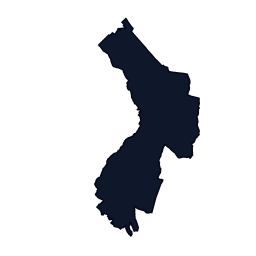 outline of Lungesti, Vâlcea, Romania, rotated 225°
{"feature_id": "2599482B14726435776236", "entity_name": "Lungesti", "entity_type": "district", "adm_level": 2, "iso_a3": "ROU", "parent_name": "Romania", "parent_adm1": "Vâlcea", "projection": "robinson", "projection_center": [24.176, 44.603], "detail": "fine", "context": "isolated", "style": "filled", "palette": "ink", "viewbox_px": 256, "rotation_deg": 225, "n_neighbors": 0, "source": "geoboundaries", "source_scale": "gbopen_adm2", "svg_char_len": 5725}
<svg xmlns="http://www.w3.org/2000/svg" viewBox="0 0 256 256"><g transform="rotate(225 128 128)"><path d="M206.9,203.9L207.0,198.5L203.6,198.5L203.6,197.2L200.5,196.8L204.6,191.9L202.9,192.2L202.7,191.3L204.8,190.9L203.6,186.0L203.1,185.0L206.3,184.2L206.2,183.6L206.2,180.3L207.3,180.2L207.4,166.2L207.0,165.9L206.4,165.8L205.0,166.0L199.9,165.1L199.0,165.5L196.5,165.9L194.6,166.5L191.4,165.2L188.8,164.6L186.6,163.0L182.9,161.4L181.5,161.4L181.3,161.6L179.0,162.7L177.7,163.7L174.3,165.1L173.7,165.5L171.9,165.4L171.0,164.6L169.6,164.1L168.7,163.6L165.7,162.6L164.1,162.2L162.9,162.4L161.5,162.3L161.4,162.1L161.0,161.8L160.9,161.2L160.6,160.6L160.7,159.6L160.4,159.0L159.9,158.8L158.9,158.6L158.1,156.8L157.9,156.7L157.3,156.8L156.8,156.0L156.4,155.8L154.7,155.4L154.3,155.5L154.0,156.0L153.6,156.3L152.4,156.1L151.5,155.7L149.0,154.0L147.0,152.3L145.4,151.8L145.0,151.9L143.7,151.0L142.8,150.8L142.1,150.9L141.8,150.6L142.0,150.5L141.6,150.5L140.6,150.0L140.1,150.1L139.4,150.5L138.9,150.5L136.3,150.2L135.4,149.9L134.5,149.4L134.5,149.2L134.4,148.9L134.4,148.5L134.1,148.3L134.2,147.8L133.7,148.0L133.5,148.4L133.5,148.9L133.4,149.0L132.8,149.2L131.2,149.2L131.2,148.8L131.0,148.5L131.2,147.9L131.2,147.1L129.8,147.1L130.0,145.8L129.7,144.6L127.0,144.7L126.2,143.6L125.5,143.7L124.9,142.9L124.5,142.8L123.8,141.6L123.7,140.7L123.2,139.1L122.8,138.8L122.3,139.2L122.0,138.9L121.4,139.2L120.9,139.1L120.8,138.8L120.8,138.2L120.4,137.7L120.0,135.6L119.5,135.5L119.3,135.3L119.3,135.0L119.7,134.7L119.2,133.4L119.3,132.9L119.1,132.2L119.0,131.7L118.9,131.3L118.6,131.1L118.4,130.4L118.8,129.7L118.7,128.9L119.3,128.6L119.1,128.1L119.4,127.4L119.0,126.4L118.7,126.0L118.8,125.7L118.8,125.2L119.3,124.7L119.1,124.4L119.1,124.1L119.9,123.3L120.0,122.6L120.8,121.3L120.8,121.0L121.0,120.2L121.0,119.0L121.3,118.3L121.1,117.3L121.1,116.6L120.6,115.6L120.7,115.2L120.4,114.4L120.3,114.2L120.0,114.0L120.0,113.3L119.8,113.1L119.2,112.8L119.1,112.4L118.7,112.0L119.4,111.0L119.2,110.5L119.5,109.8L119.1,108.2L118.6,108.0L118.4,107.8L118.5,106.9L118.4,106.3L118.8,105.2L118.7,104.1L118.4,103.6L118.4,102.1L119.3,101.1L119.9,99.5L119.9,98.8L119.8,98.2L120.2,96.4L120.0,95.6L120.1,95.4L120.0,95.2L120.1,94.9L119.8,94.6L120.0,94.2L120.0,92.8L120.2,91.9L119.6,90.3L119.2,90.0L119.2,89.4L118.5,88.9L117.4,87.5L117.3,87.1L117.1,86.4L117.1,85.7L116.7,84.4L116.7,81.5L115.7,80.0L114.7,77.3L114.2,76.5L113.7,75.2L112.8,74.1L113.2,72.9L113.7,72.0L113.7,69.7L113.7,69.2L113.0,67.6L112.1,66.6L112.2,65.6L111.9,65.1L111.3,64.6L108.9,63.9L107.9,63.8L105.9,64.0L105.6,62.0L104.6,60.8L104.4,60.3L104.2,58.3L103.9,58.0L103.5,57.8L102.3,57.8L101.5,58.0L100.7,57.6L98.3,58.1L96.4,58.9L93.9,59.7L93.8,59.2L93.6,59.0L93.7,57.3L93.9,57.0L93.8,56.7L93.9,55.7L93.6,55.1L93.6,54.8L94.5,53.8L94.5,53.3L94.2,52.8L94.1,50.8L94.1,50.4L94.0,50.1L92.9,50.1L91.8,50.3L88.8,50.3L88.2,50.0L88.1,49.8L86.8,49.3L85.4,48.1L84.2,49.0L84.5,50.8L80.5,52.8L80.0,51.2L76.8,51.9L77.9,50.5L76.3,50.0L74.5,52.5L73.4,52.3L73.1,51.8L73.0,50.9L72.6,50.9L72.4,50.7L72.4,50.3L73.0,49.7L73.0,48.9L72.8,48.8L71.1,49.0L71.1,49.6L70.7,49.8L68.2,48.8L67.0,49.4L64.7,51.0L61.9,51.4L62.1,51.9L61.9,52.5L62.0,53.0L61.6,53.7L61.2,53.9L60.9,54.3L61.0,55.0L60.7,55.4L60.7,56.1L60.5,56.5L60.8,57.3L60.2,57.8L60.5,57.4L59.7,56.7L58.8,56.1L58.5,56.1L58.7,55.6L57.0,55.1L57.1,54.9L54.6,54.0L54.4,54.1L52.1,53.6L51.8,53.8L51.4,53.9L50.2,53.6L49.7,53.7L50.1,55.7L52.4,57.4L53.6,56.9L55.0,57.4L57.8,59.0L58.0,59.5L58.0,60.7L59.9,62.7L59.2,63.0L58.5,62.8L50.7,59.5L50.6,60.2L48.6,62.0L50.1,64.5L50.6,65.0L52.1,65.7L53.7,66.7L55.0,67.2L56.9,68.2L58.6,68.7L59.6,69.2L60.0,69.8L61.7,71.1L62.2,71.9L63.5,72.7L65.2,74.7L66.7,75.8L67.0,76.4L67.2,76.6L68.0,77.1L65.4,77.6L63.8,78.0L61.4,79.2L60.3,79.9L60.0,79.9L59.2,80.5L57.9,81.1L57.3,81.2L56.7,81.0L55.0,81.1L54.2,82.0L53.5,82.3L52.4,84.3L52.1,84.7L51.4,85.0L59.3,98.7L63.4,107.6L65.2,111.3L65.9,114.4L66.6,115.8L67.9,115.3L68.6,114.4L70.0,113.8L71.4,113.4L71.4,113.6L71.9,113.5L71.6,114.0L72.3,114.6L72.3,115.1L72.7,115.3L72.6,116.1L72.9,116.5L73.4,117.9L73.9,118.6L74.0,118.8L73.5,118.9L74.4,120.5L75.2,121.1L76.0,122.3L76.3,122.4L76.7,122.2L77.1,122.3L80.1,124.2L80.5,124.5L81.1,125.6L81.5,125.9L82.6,126.0L83.7,127.4L84.7,129.8L84.7,130.2L85.1,131.5L86.4,133.1L87.4,136.0L88.6,137.6L89.7,140.3L89.7,141.2L90.3,142.3L88.9,142.7L85.9,142.9L84.6,143.3L82.0,143.1L77.2,143.6L76.4,143.6L75.2,143.2L72.1,142.7L71.3,142.8L70.5,143.3L68.3,146.9L65.9,148.6L65.0,149.5L64.8,150.0L64.4,151.7L63.9,151.7L63.2,150.5L62.8,150.6L62.9,152.6L63.2,153.4L63.6,154.1L63.2,154.4L64.5,155.7L65.2,155.9L65.3,156.4L66.5,157.3L67.5,158.4L68.4,159.0L68.6,159.5L69.3,160.6L70.1,161.1L70.9,161.1L72.0,161.6L72.0,162.1L71.5,163.4L71.4,164.7L71.9,166.3L73.0,168.2L73.0,168.5L72.8,169.6L72.9,170.1L72.8,170.5L73.2,171.7L73.0,172.7L73.2,173.8L74.2,174.2L74.6,174.5L75.4,176.0L76.0,176.5L80.7,178.6L82.2,180.2L83.0,181.8L83.4,182.1L84.7,182.8L85.0,183.3L85.9,183.7L87.8,185.2L87.9,185.5L87.7,186.4L88.4,187.8L89.2,188.7L89.6,189.1L90.4,189.5L90.8,189.9L91.0,190.2L90.9,190.5L91.1,190.6L91.9,191.4L91.9,191.7L91.7,192.1L91.9,192.5L92.9,192.5L93.7,193.3L94.2,194.4L95.0,195.7L97.0,197.3L97.8,198.3L98.3,198.6L98.6,199.1L98.8,199.2L99.8,198.7L106.0,194.9L109.5,193.6L110.2,194.9L110.8,195.8L111.8,198.2L112.9,199.7L115.4,201.5L115.6,202.4L116.0,203.3L117.2,204.6L118.7,205.6L124.1,207.9L125.2,207.2L127.7,205.5L132.3,201.7L133.8,200.7L134.6,199.9L139.0,196.7L142.3,198.2L142.8,198.8L144.3,198.0L145.9,197.0L146.3,197.2L147.4,197.1L147.6,196.0L148.3,195.9L154.9,196.1L158.2,196.0L158.8,196.1L163.3,196.5L169.3,196.7L172.9,197.2L177.2,197.4L193.7,198.5L194.9,202.0L196.3,202.0L199.1,202.3L203.4,203.1L206.4,203.9L206.9,203.9Z" fill="#0f172a" stroke="#020617" stroke-width="1.5"/></g></svg>